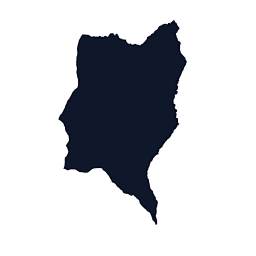 Argelia, Valle del Cauca, Colombia (Robinson projection), rotated 168°
{"feature_id": "7082276B75993550725955", "entity_name": "Argelia", "entity_type": "district", "adm_level": 2, "iso_a3": "COL", "parent_name": "Colombia", "parent_adm1": "Valle del Cauca", "projection": "robinson", "projection_center": [-76.151, 4.718], "detail": "fine", "context": "isolated", "style": "filled", "palette": "ink", "viewbox_px": 256, "rotation_deg": 168, "n_neighbors": 0, "source": "geoboundaries", "source_scale": "gbopen_adm2", "svg_char_len": 5786}
<svg xmlns="http://www.w3.org/2000/svg" viewBox="0 0 256 256"><g transform="rotate(168 128 128)"><path d="M120.5,27.8L120.1,28.7L119.5,31.9L119.9,36.1L119.8,36.7L119.5,37.4L118.9,38.0L118.7,38.9L118.0,40.4L117.6,43.8L116.1,46.3L116.0,47.2L115.7,47.5L115.0,49.1L115.1,50.4L115.8,51.2L116.4,52.6L116.3,53.4L115.9,54.0L116.7,55.6L117.0,57.2L117.5,58.4L117.6,59.0L117.5,60.3L117.6,61.1L118.9,62.9L119.3,63.9L119.4,66.7L119.2,68.7L119.3,71.1L119.3,71.8L119.0,72.7L119.4,73.9L119.9,74.8L120.0,75.4L119.6,76.9L119.9,78.0L119.9,78.5L119.0,79.3L118.9,79.6L119.2,81.4L118.5,82.2L118.3,82.9L117.6,83.4L117.5,84.3L117.3,84.7L116.8,84.9L116.5,85.7L115.6,86.5L115.0,88.0L114.6,88.4L113.7,90.0L113.4,91.2L112.4,91.0L111.8,91.3L111.7,91.6L111.0,92.3L110.8,92.8L110.3,93.5L108.0,95.3L107.4,95.6L106.8,96.2L106.1,96.4L105.6,96.7L104.3,96.7L104.1,97.1L104.5,98.1L104.5,98.7L104.2,99.1L103.5,98.8L103.3,99.1L103.2,99.6L102.7,99.9L102.5,101.4L101.3,101.7L100.5,102.1L99.5,102.7L98.9,102.9L98.1,104.2L94.4,107.6L93.6,108.0L92.2,109.2L90.0,110.2L88.0,112.0L87.7,112.3L87.5,113.0L87.2,113.6L86.0,114.1L85.2,114.9L84.6,115.8L84.6,116.6L83.5,117.0L83.1,117.5L82.6,117.9L81.8,118.0L81.8,119.1L81.4,119.3L81.0,119.1L80.7,119.1L80.4,119.3L79.7,121.0L78.5,121.0L78.0,121.5L78.5,121.8L78.8,122.1L78.8,122.5L78.5,123.4L78.6,124.2L78.1,125.5L78.0,126.6L78.2,126.9L79.3,127.3L79.4,127.5L79.5,127.8L79.5,128.7L79.9,129.7L79.8,130.0L79.6,130.1L79.1,129.9L78.9,129.9L78.7,130.8L78.3,131.5L78.3,131.8L79.0,132.7L78.7,133.7L78.3,134.0L77.5,134.2L77.1,134.7L77.0,135.1L77.2,135.4L78.4,136.5L78.8,137.8L78.7,139.1L78.4,139.6L77.6,140.3L77.5,140.5L77.7,141.1L78.7,141.7L78.9,142.1L79.0,142.6L78.6,144.2L78.5,146.1L78.4,146.4L77.1,147.5L76.1,149.8L76.1,150.2L76.5,150.8L76.6,151.2L76.5,151.5L76.3,151.7L75.8,151.8L74.0,151.5L73.6,151.7L72.7,152.6L72.7,153.3L73.7,154.3L73.8,155.0L73.6,155.3L72.2,155.9L71.9,156.1L71.1,158.4L71.3,158.6L72.1,158.7L72.3,158.8L72.2,159.0L71.5,160.6L69.7,162.5L70.2,163.3L70.2,163.5L69.9,163.8L68.8,164.1L68.9,165.0L68.7,165.4L66.7,168.1L66.3,168.4L63.6,172.6L62.4,173.6L61.1,175.9L59.0,178.1L58.6,178.7L58.4,179.3L57.6,180.4L57.5,181.3L58.2,182.7L58.1,184.5L60.7,188.8L61.5,191.0L61.6,194.3L61.0,196.2L60.8,197.6L59.7,199.7L59.5,200.4L60.1,201.4L61.3,202.4L61.9,203.2L61.6,205.1L62.2,206.6L62.2,208.4L62.4,210.7L62.3,211.0L61.7,211.5L60.5,211.8L59.9,213.0L59.4,213.6L57.8,214.7L57.7,214.9L57.8,215.4L59.0,217.7L59.3,219.9L60.3,221.1L60.6,221.8L60.9,223.0L61.1,222.8L61.9,222.6L62.3,222.3L62.4,221.3L62.8,220.9L63.0,221.0L63.1,221.6L63.3,221.8L63.7,221.7L64.2,221.0L64.8,220.7L65.5,220.7L66.0,221.5L66.6,221.5L66.9,221.1L67.0,220.1L67.2,219.9L68.7,220.8L70.3,221.6L71.3,221.3L72.1,221.5L73.5,220.8L75.9,220.4L76.4,220.1L77.6,218.6L78.8,217.4L80.0,217.3L80.6,216.8L81.2,216.6L81.9,216.0L82.5,215.2L83.1,214.8L84.7,214.5L85.6,214.2L85.9,213.8L86.0,213.3L86.3,213.0L88.0,213.0L88.4,212.6L89.7,212.4L89.9,212.2L89.7,211.8L90.1,211.6L90.1,211.3L90.4,211.1L90.9,210.4L91.5,209.8L92.3,209.3L93.0,208.3L93.9,208.2L94.3,207.9L94.4,207.5L94.8,207.4L95.0,207.1L95.5,206.7L96.5,206.7L97.2,206.5L97.5,206.2L97.8,205.7L98.2,205.6L100.2,205.9L100.9,206.5L102.2,207.0L103.3,207.9L103.8,208.1L104.9,207.8L106.3,207.9L107.4,208.1L107.7,208.3L108.1,209.3L108.3,209.3L108.8,208.9L109.4,209.1L109.9,209.6L110.5,209.9L111.3,210.7L111.9,211.7L112.3,212.9L112.4,214.3L114.9,215.0L116.1,215.9L117.1,216.4L117.8,217.1L118.7,217.7L118.8,217.9L118.7,219.8L118.8,219.9L119.4,219.9L119.6,220.1L119.6,220.6L119.3,221.2L119.3,221.5L119.5,221.8L120.1,221.7L120.7,220.6L121.3,220.3L121.9,220.4L122.4,220.9L123.0,222.6L123.4,223.1L123.9,223.3L124.3,222.9L125.1,223.5L126.0,223.0L126.5,222.3L127.1,221.9L128.0,221.0L128.6,220.7L129.7,220.8L130.6,221.7L131.0,222.0L131.6,222.1L132.1,221.9L133.0,221.0L133.4,221.1L134.2,221.9L134.5,221.9L134.8,221.5L135.4,221.5L135.8,222.1L136.3,223.0L136.6,223.2L137.0,223.0L137.5,223.0L137.8,222.7L138.4,222.6L140.0,223.3L141.6,223.3L142.1,223.6L142.3,224.2L143.8,223.8L144.7,224.3L145.5,224.3L146.3,225.4L147.6,226.6L149.5,227.2L152.9,228.2L154.5,226.7L155.3,225.6L157.0,223.8L159.8,218.2L160.6,216.2L160.8,215.2L161.0,213.0L161.5,210.7L162.0,209.2L162.9,207.9L163.7,204.6L164.1,203.7L164.3,202.2L164.7,200.8L164.9,199.1L164.7,196.9L166.1,193.3L166.2,192.7L166.1,191.0L166.3,188.6L166.0,186.1L166.1,185.6L167.1,180.4L168.0,178.5L168.5,177.6L170.1,176.7L171.6,176.1L174.4,173.9L176.0,171.8L178.8,168.5L181.1,166.7L182.6,164.1L183.8,162.8L185.1,160.4L186.6,158.7L187.6,157.2L188.3,156.7L188.9,155.5L190.8,154.6L190.9,154.4L192.3,152.8L193.4,151.1L193.2,150.7L192.4,150.2L190.7,148.1L190.2,147.1L189.3,145.8L189.4,143.9L188.7,142.4L189.0,140.1L189.1,138.7L187.9,135.2L187.6,134.0L187.4,133.7L186.4,133.4L186.2,133.1L187.0,132.4L187.1,132.0L187.3,129.4L187.6,127.9L188.9,126.1L190.5,124.7L191.6,123.5L190.9,121.5L190.5,117.7L190.7,116.7L191.8,114.9L193.3,112.9L193.8,112.5L195.0,111.9L195.3,111.6L195.6,110.7L196.2,107.5L196.9,105.3L197.0,104.5L198.5,101.9L197.8,101.7L195.9,100.0L194.7,99.9L192.6,100.3L187.8,99.1L187.3,98.9L186.3,97.6L184.1,95.6L181.9,95.0L179.9,94.2L177.9,93.6L176.3,93.7L172.0,95.9L170.9,96.2L169.9,96.3L167.7,96.1L164.0,95.5L162.4,95.0L161.0,94.2L160.8,93.9L160.8,92.9L160.6,92.5L158.4,90.2L156.4,86.0L155.8,84.6L155.1,82.0L154.4,80.4L154.4,78.9L153.8,78.4L152.7,77.8L151.8,76.8L151.2,75.9L150.1,73.3L148.3,71.5L148.0,70.3L146.1,68.5L145.9,68.1L145.5,66.0L145.2,65.7L144.1,65.1L142.9,64.6L141.3,64.2L139.7,62.5L138.5,61.7L138.3,61.7L137.6,62.4L136.9,62.6L136.6,62.4L136.3,62.1L135.2,60.2L134.0,59.0L133.5,57.8L131.6,55.5L131.3,54.7L131.5,53.5L131.3,52.1L130.6,50.4L128.5,47.0L126.5,44.5L126.2,43.6L125.9,43.1L124.4,42.0L123.4,40.6L122.4,34.9L122.4,34.2L122.5,33.4L122.4,33.0L121.6,32.0L120.7,30.5L120.5,29.7L120.5,27.8Z" fill="#0f172a" stroke="#020617" stroke-width="1.5"/></g></svg>